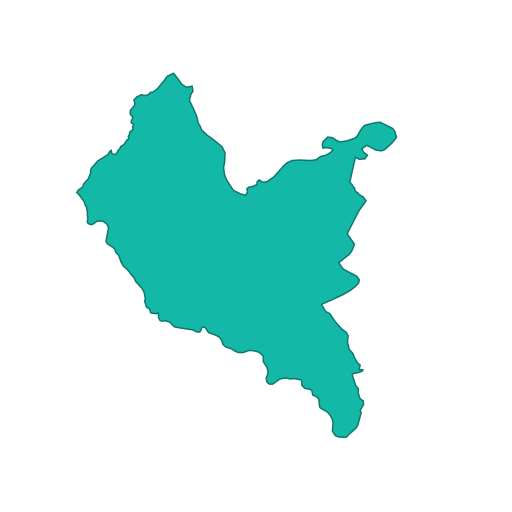 outline of Tshela, Bas-Congo, Democratic Republic of the Congo, rotated 258°
{"feature_id": "63176286B47015384768636", "entity_name": "Tshela", "entity_type": "district", "adm_level": 2, "iso_a3": "COD", "parent_name": "Democratic Republic of the Congo", "parent_adm1": "Bas-Congo", "projection": "robinson", "projection_center": [12.976, -4.984], "detail": "fine", "context": "isolated", "style": "filled", "palette": "teal", "viewbox_px": 512, "rotation_deg": 258, "n_neighbors": 0, "source": "geoboundaries", "source_scale": "gbopen_adm2", "svg_char_len": 5378}
<svg xmlns="http://www.w3.org/2000/svg" viewBox="0 0 512 512"><g transform="rotate(258 256 256)"><path d="M352.5,416.0L356.5,410.9L360.9,405.4L361.5,402.1L361.5,396.1L361.2,389.4L358.8,386.0L355.1,382.5L351.8,379.5L350.7,377.2L349.7,368.6L350.1,361.9L352.1,359.0L355.8,355.4L357.4,351.0L354.1,345.6L351.4,344.1L347.7,343.9L347.3,347.3L345.7,351.7L343.7,353.5L341.6,350.1L339.9,344.5L339.9,340.0L337.6,334.7L338.1,328.9L340.6,319.5L341.9,311.4L340.6,305.4L338.5,301.9L335.2,297.5L329.8,290.1L326.4,282.2L326.7,278.1L329.8,274.8L328.4,272.6L325.7,271.7L324.7,266.9L324.7,262.8L323.4,260.9L320.3,261.1L317.6,258.4L320.0,253.7L325.0,247.5L332.1,244.7L337.8,242.7L342.9,242.1L349.3,242.7L354.0,244.7L360.4,246.4L363.4,247.2L369.8,245.5L373.5,242.7L377.9,239.1L381.2,236.2L383.9,233.7L386.7,231.7L388.0,230.8L390.6,229.0L394.3,228.4L398.4,227.0L403.4,227.2L409.2,226.3L417.6,224.3L421.9,223.3L424.7,224.2L425.2,224.7L425.7,225.2L427.1,225.4L430.2,228.5L432.5,228.7L435.4,228.8L435.5,222.9L439.6,218.9L445.1,216.7L451.9,213.3L450.4,207.0L448.9,205.0L446.7,202.7L444.8,200.2L442.9,197.8L440.7,195.2L438.8,192.0L437.9,189.3L437.6,188.6L437.8,187.9L438.1,186.8L436.9,185.5L436.5,185.0L436.1,182.0L435.9,180.7L436.6,179.5L437.1,178.4L437.6,177.5L436.4,172.5L434.9,170.4L434.0,169.0L430.3,169.3L428.5,168.5L424.7,163.5L424.2,163.4L422.5,162.8L421.4,162.6L420.6,162.6L417.3,164.6L413.8,162.0L412.0,161.7L410.7,163.3L410.3,163.4L409.4,163.4L408.0,162.1L406.4,162.3L404.9,161.4L404.2,159.6L403.9,158.9L403.2,158.0L401.4,157.8L399.7,155.9L397.5,156.3L397.1,155.5L396.3,153.9L394.0,151.6L392.7,150.3L391.0,146.2L389.5,145.4L388.7,144.2L388.2,143.3L387.0,142.3L386.4,141.8L385.1,140.7L384.8,139.7L384.6,139.2L384.9,138.5L385.4,137.2L386.0,136.7L386.6,136.2L389.4,136.4L389.2,135.6L389.2,135.4L387.0,133.2L385.8,131.9L381.8,120.8L381.2,120.0L380.3,118.9L376.9,114.4L376.1,113.3L375.4,112.8L374.3,112.0L371.9,111.6L370.7,110.9L366.5,108.2L365.6,106.9L365.0,106.1L363.4,103.8L362.6,102.7L360.3,101.2L359.2,100.5L359.0,99.8L357.5,96.0L356.1,94.6L355.3,93.9L352.3,95.9L349.6,97.1L346.8,98.4L344.4,99.4L341.6,99.5L339.4,100.3L336.3,100.3L333.7,100.2L331.5,99.6L329.6,99.5L328.2,99.3L326.6,98.9L325.0,98.3L323.6,98.0L321.2,100.3L320.9,102.6L321.4,103.8L323.1,107.7L322.8,110.0L321.5,114.0L320.8,114.6L318.0,116.9L314.4,117.7L314.1,117.5L312.2,116.8L310.7,116.1L303.1,113.0L301.2,112.2L298.5,113.5L294.2,117.9L292.0,119.3L289.4,119.6L288.8,119.6L288.6,119.7L285.1,121.9L278.3,122.7L274.7,123.8L274.4,124.0L274.1,124.0L273.7,124.2L271.7,125.7L269.3,127.4L269.0,127.5L268.9,127.6L267.9,128.1L265.9,129.2L264.7,129.6L261.0,131.8L258.5,132.5L255.9,133.1L250.5,136.3L247.8,137.9L246.8,138.2L244.0,139.0L237.4,138.9L234.7,137.7L228.4,138.4L227.7,139.3L226.7,140.8L225.3,140.9L224.5,141.0L222.7,141.1L222.2,141.6L221.7,142.1L220.3,146.8L220.7,148.6L219.1,148.4L216.1,147.9L214.1,148.4L212.9,148.7L211.7,150.8L211.8,153.1L209.5,157.7L206.1,159.9L205.5,160.3L203.8,161.4L203.4,162.1L202.9,163.1L201.2,167.4L200.0,170.7L197.6,177.0L197.0,178.7L194.1,182.2L193.4,184.8L194.1,186.1L197.2,188.1L197.4,189.0L197.5,189.7L197.0,190.8L196.7,191.4L195.3,191.9L191.8,193.3L191.5,193.4L190.9,193.7L190.0,195.1L187.4,199.5L185.9,201.4L184.3,203.2L181.2,204.7L179.1,205.0L175.9,205.5L173.1,207.8L171.6,210.5L170.2,212.9L169.4,213.7L167.2,215.8L166.0,217.6L165.3,218.6L165.1,219.4L164.2,223.0L164.6,225.9L165.1,229.1L164.1,233.2L164.0,233.6L163.4,234.8L161.7,238.3L158.3,241.3L157.7,241.5L156.2,242.2L151.1,241.2L144.8,243.6L141.2,243.8L140.9,243.7L139.1,243.5L134.3,240.6L132.3,240.4L130.5,240.6L130.1,240.6L128.4,242.1L127.9,242.6L127.2,245.6L128.4,248.4L130.5,253.2L130.7,255.8L130.7,256.7L130.5,258.5L130.5,259.9L128.7,263.7L128.0,268.3L126.2,272.7L125.7,274.0L123.8,274.9L123.1,274.7L119.9,273.9L116.4,276.3L114.2,281.4L112.7,282.7L111.3,282.7L110.8,282.6L108.2,282.6L105.6,286.0L103.7,287.3L103.2,287.7L95.4,286.9L93.9,287.4L88.5,293.4L85.7,294.9L84.3,295.6L80.1,296.8L76.6,296.7L69.0,294.3L63.7,296.3L61.8,299.3L60.1,305.4L60.3,307.5L62.2,309.6L63.0,311.2L64.1,313.3L65.3,315.3L67.0,318.2L69.7,320.6L72.7,322.1L76.0,323.8L78.1,324.9L81.2,326.4L81.7,326.1L81.8,326.0L81.9,325.9L82.3,325.7L83.3,326.1L84.1,326.5L87.8,329.8L88.4,330.3L89.4,330.5L92.1,330.8L94.2,328.5L95.9,328.0L100.5,327.5L104.9,328.5L108.7,326.6L119.5,325.4L120.8,326.4L120.7,332.9L121.5,336.4L122.6,336.8L123.1,334.9L123.3,333.8L124.2,333.5L127.7,335.2L129.1,334.1L130.7,332.9L135.7,331.3L136.5,331.0L137.8,330.9L140.3,330.6L145.3,327.8L148.9,327.7L152.8,327.6L158.8,329.5L162.5,328.5L163.2,327.8L166.5,324.9L171.6,321.9L175.5,319.7L176.8,319.2L177.6,318.8L182.3,317.0L184.2,316.3L185.7,314.4L187.1,312.7L192.2,310.9L195.0,310.0L196.1,314.7L197.0,319.4L199.6,330.8L200.2,333.3L202.6,340.7L205.1,346.1L208.0,350.6L211.1,352.1L215.5,350.2L218.4,346.6L221.6,342.6L225.1,338.6L228.2,337.1L232.3,335.6L234.6,340.2L238.4,347.9L238.5,347.9L240.2,349.8L241.1,350.8L242.4,351.7L243.9,352.8L247.1,354.7L258.8,349.8L272.9,361.2L278.9,366.1L287.1,375.1L291.3,373.2L294.2,370.1L295.0,369.3L295.3,369.2L296.5,368.8L297.9,367.4L298.8,366.5L302.0,366.5L302.4,366.5L303.4,365.4L304.9,365.0L306.3,364.6L308.2,363.2L308.5,363.0L331.9,373.7L329.1,377.2L328.4,382.8L331.5,386.0L335.0,382.8L338.8,381.8L341.3,387.1L339.1,390.2L334.7,395.2L332.8,400.4L333.4,404.2L338.4,412.8L342.8,418.1L349.1,417.7L352.5,416.0Z" fill="#14b8a6" stroke="#0f766e" stroke-width="1.5"/></g></svg>